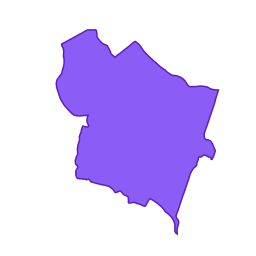 outline of Dang Tong, Kâmpôt, Cambodia, rotated 19°
{"feature_id": "14789045B85539457385801", "entity_name": "Dang Tong", "entity_type": "district", "adm_level": 2, "iso_a3": "KHM", "parent_name": "Cambodia", "parent_adm1": "Kâmpôt", "projection": "natural_earth1", "projection_center": [104.44, 10.699], "detail": "fine", "context": "isolated", "style": "filled", "palette": "violet", "viewbox_px": 256, "rotation_deg": 19, "n_neighbors": 0, "source": "geoboundaries", "source_scale": "gbopen_adm2", "svg_char_len": 4093}
<svg xmlns="http://www.w3.org/2000/svg" viewBox="0 0 256 256"><g transform="rotate(19 128 128)"><path d="M201.1,62.6L200.1,63.1L199.1,63.3L197.6,63.6L195.8,63.9L194.0,64.1L192.6,64.0L192.1,63.9L190.0,63.4L189.0,63.5L188.0,63.6L187.5,63.7L186.4,63.9L185.6,64.1L184.5,64.3L183.1,64.6L182.3,65.0L180.9,65.7L179.1,66.5L178.3,66.8L177.0,67.4L176.1,67.6L174.8,68.1L173.0,68.8L171.7,68.6L170.1,67.7L168.2,66.2L166.9,65.2L164.7,63.9L163.9,63.6L161.7,63.0L159.7,62.8L157.3,62.8L155.7,63.0L154.1,63.4L152.5,63.7L151.6,63.6L150.3,63.3L148.5,62.9L146.1,62.1L143.9,60.8L142.9,60.9L140.7,60.2L138.2,59.3L136.3,58.6L134.7,57.9L132.3,56.9L130.2,56.1L128.5,55.3L127.8,55.0L124.9,53.7L122.8,52.7L120.0,51.3L119.5,51.0L118.3,50.4L117.1,49.6L116.2,49.0L115.2,48.2L113.8,47.1L112.0,45.8L110.1,44.9L107.9,44.2L106.9,43.8L106.2,44.1L105.5,45.1L103.9,47.6L102.3,50.5L100.1,53.8L97.9,57.3L96.1,60.1L94.2,62.8L93.4,64.1L93.0,65.0L92.6,65.3L88.1,63.5L87.5,63.0L87.0,62.3L86.6,61.6L85.9,60.9L85.1,60.1L84.5,59.6L83.8,58.9L82.8,58.2L82.1,57.3L81.1,56.8L79.4,56.7L76.9,56.5L76.4,56.4L75.3,55.9L74.5,55.6L73.4,54.9L72.2,54.2L70.8,53.4L69.8,52.6L69.1,51.8L68.7,51.2L68.5,50.6L68.0,49.2L66.5,46.3L65.5,45.7L57.7,48.5L37.9,70.3L38.5,71.6L40.9,73.9L42.4,76.5L42.8,78.4L43.0,79.2L43.7,81.4L44.7,82.9L45.5,84.6L46.6,87.9L47.0,90.9L47.2,95.1L47.5,97.8L46.6,101.1L45.8,103.8L45.2,105.4L45.4,108.1L45.9,109.9L46.9,111.7L47.3,112.8L51.0,117.8L53.9,121.6L56.1,123.7L56.5,124.1L59.1,126.3L61.7,128.1L64.6,129.7L66.9,130.9L70.1,132.5L72.7,133.4L76.1,133.0L79.0,132.1L81.7,130.8L84.6,129.7L86.1,129.0L86.1,130.9L86.4,133.0L86.9,135.0L88.5,137.0L89.9,138.4L90.0,139.7L88.4,140.5L86.4,140.8L84.7,140.8L84.5,141.9L84.6,145.4L85.0,146.7L84.8,148.1L84.8,152.1L86.0,154.8L86.1,156.6L86.2,160.2L86.8,163.4L87.4,165.6L88.6,168.1L88.9,169.2L88.8,170.5L88.5,172.2L88.8,173.7L88.6,175.5L88.8,176.1L89.0,176.5L90.1,179.0L91.4,179.9L92.4,180.0L93.3,181.6L92.9,184.0L92.7,186.0L94.1,189.5L95.3,191.3L96.7,192.2L100.5,191.2L102.8,190.8L104.8,190.2L105.6,190.5L106.8,189.6L107.7,189.2L108.7,189.7L110.7,191.0L113.2,190.8L117.7,190.5L121.1,190.2L124.5,189.7L126.5,189.6L129.0,189.3L131.3,190.1L133.9,191.0L135.2,191.9L136.9,193.2L137.4,193.0L138.3,192.5L139.5,191.4L140.5,190.3L141.8,190.3L143.4,191.1L144.9,192.0L146.6,192.6L149.1,192.7L150.4,192.9L150.8,193.9L151.7,195.4L152.1,196.4L152.3,197.8L153.1,198.6L153.6,198.6L155.4,197.7L157.4,196.6L159.4,196.1L160.6,196.6L162.3,196.3L163.9,196.2L165.9,196.4L167.7,196.7L169.5,196.5L170.0,195.6L170.5,192.8L170.7,191.5L171.1,189.4L171.5,187.8L174.0,187.9L176.3,188.5L178.4,189.1L180.2,189.5L182.1,190.3L184.6,191.3L185.9,191.9L188.8,193.6L190.1,194.7L191.5,195.2L193.7,196.0L194.7,196.4L197.0,197.5L199.2,198.9L201.3,200.7L203.7,203.7L204.6,206.6L205.9,210.3L207.3,211.7L209.1,212.2L208.7,211.3L208.1,209.8L207.6,208.7L207.3,207.5L207.2,206.5L207.1,204.7L207.0,203.2L206.8,201.3L206.2,199.7L205.5,198.8L204.1,197.9L202.8,196.9L202.3,196.2L201.9,194.6L202.0,192.5L202.1,189.4L202.1,186.4L202.0,183.6L202.0,180.6L201.9,177.5L201.9,175.2L202.0,172.4L202.0,170.8L202.1,168.6L202.0,166.1L202.0,164.1L202.0,162.1L202.0,160.9L202.0,159.7L202.0,158.3L202.0,156.6L201.9,154.5L201.8,152.8L201.8,151.9L201.9,150.2L202.0,149.4L202.1,148.8L202.2,147.9L202.4,147.2L202.6,146.5L202.8,145.7L203.1,144.8L203.5,143.9L204.6,142.3L205.0,140.6L204.9,139.9L204.3,138.7L204.5,137.2L204.6,136.7L204.7,135.9L204.7,135.3L204.5,134.4L204.3,133.8L204.4,133.1L204.4,132.5L204.7,132.0L205.5,132.0L206.0,131.9L206.5,131.6L206.8,131.2L207.3,130.7L207.7,130.0L208.0,129.6L208.5,129.0L209.1,128.6L209.9,128.5L211.0,128.7L211.7,128.8L212.3,128.5L212.9,129.1L213.3,129.3L213.8,129.0L214.4,129.0L215.0,129.1L215.7,129.2L216.2,129.2L216.6,129.8L216.8,130.5L217.6,130.4L217.7,129.7L217.9,128.5L218.1,126.3L218.1,124.3L218.0,121.1L216.5,119.4L214.3,117.1L212.9,115.3L210.2,113.4L207.8,113.1L205.7,113.7L204.3,113.0L203.2,112.0L202.1,109.3L201.8,106.5L201.9,102.8L201.9,96.2L201.9,93.7L201.8,79.0L201.8,77.8L201.7,75.3L201.5,73.0L201.3,70.3L201.3,67.3L201.2,66.4L201.2,64.6L201.1,62.6Z" fill="#8b5cf6" stroke="#5b21b6" stroke-width="1.5"/></g></svg>